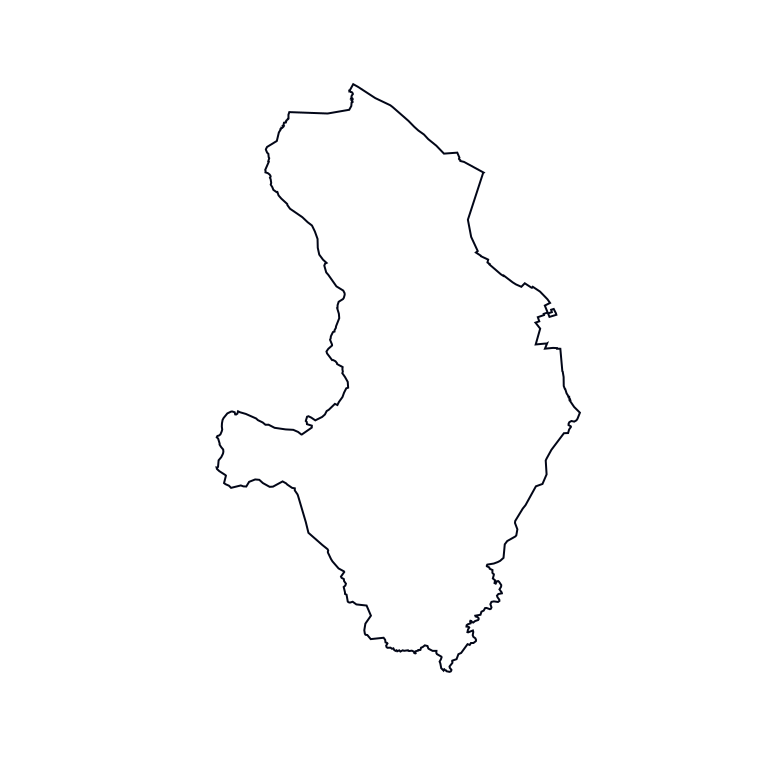 outline of Kalkūnes pag., Daugavpils, Latvia, rotated 341°
{"feature_id": "27541924B79116977656137", "entity_name": "Kalkūnes pag.", "entity_type": "district", "adm_level": 2, "iso_a3": "LVA", "parent_name": "Latvia", "parent_adm1": "Daugavpils", "projection": "orthographic", "projection_center": [26.423, 55.84], "detail": "fine", "context": "isolated", "style": "outline", "palette": "ink", "viewbox_px": 768, "rotation_deg": 341, "n_neighbors": 0, "source": "geoboundaries", "source_scale": "gbopen_adm2", "svg_char_len": 6155}
<svg xmlns="http://www.w3.org/2000/svg" viewBox="0 0 768 768"><g transform="rotate(341 384 384)"><path d="M562.2,408.1L559.1,407.0L559.3,406.4L555.6,404.9L547.7,403.0L551.5,398.6L550.2,398.8L549.8,398.3L540.3,396.0L549.7,382.5L547.2,375.3L551.2,375.3L551.2,370.9L557.7,370.9L557.8,369.7L562.0,369.7L561.6,362.2L567.4,361.4L566.1,357.0L561.6,347.4L556.3,340.5L555.2,341.2L554.7,340.8L549.9,334.6L545.5,336.8L541.2,332.8L538.7,329.7L532.5,320.4L532.1,320.7L530.2,318.3L522.6,305.3L523.0,305.0L521.4,302.8L523.0,300.3L517.2,294.7L517.3,294.2L513.7,289.6L515.9,288.8L514.3,273.3L516.8,256.0L546.3,216.9L547.1,216.6L531.9,200.0L528.8,198.0L529.0,197.2L528.3,196.2L528.2,195.5L529.0,194.6L528.6,189.1L515.7,185.7L511.1,175.8L505.5,166.8L503.0,161.1L499.0,155.5L496.3,150.6L492.8,143.2L482.3,124.9L480.7,122.5L468.8,110.8L456.1,94.5L452.5,90.5L447.5,95.0L446.7,95.1L446.5,96.1L447.3,96.2L447.5,97.0L448.5,97.5L449.0,98.7L449.0,99.7L447.4,100.8L446.7,101.9L446.7,102.4L445.8,103.3L447.1,103.8L447.2,104.4L445.6,105.1L445.7,105.9L446.3,106.4L446.1,107.2L444.9,107.5L443.6,110.5L440.4,113.4L418.8,109.9L383.0,96.1L381.3,98.3L380.2,101.7L379.6,101.8L379.6,102.3L377.6,103.0L376.7,104.3L376.5,104.0L375.8,104.7L374.5,104.4L373.3,106.4L373.4,106.9L372.5,106.9L372.8,107.9L371.1,108.7L370.4,108.2L369.8,109.0L369.0,109.3L369.1,109.8L366.5,111.9L361.8,119.3L350.6,121.8L349.0,123.3L348.6,123.9L348.8,127.2L349.6,128.7L348.8,132.0L349.0,133.1L347.0,135.9L347.4,136.4L341.4,142.9L341.4,144.0L340.8,145.3L342.8,146.8L344.0,148.6L344.4,150.0L344.3,151.1L343.3,151.8L343.5,153.5L342.8,157.2L341.8,158.6L342.5,161.6L342.6,164.4L344.9,167.6L345.7,167.7L345.7,171.4L347.3,175.3L351.1,182.3L350.9,183.4L352.2,187.7L361.1,199.7L364.5,206.2L367.5,210.7L368.3,217.3L368.4,225.2L365.7,233.7L364.9,240.6L366.8,246.6L369.1,250.8L367.5,251.0L366.1,252.6L365.7,259.7L366.9,262.7L370.8,276.2L375.9,282.4L376.3,285.3L375.9,286.8L374.1,289.4L373.0,290.3L367.9,291.5L365.8,294.3L364.6,297.5L364.4,297.4L364.2,302.9L363.1,307.2L357.3,314.0L356.8,315.2L354.7,317.1L354.3,318.3L352.6,318.3L349.3,321.6L348.4,323.5L347.4,324.6L347.7,329.7L347.4,330.7L342.8,332.6L340.2,334.5L340.1,336.5L342.7,344.5L343.7,344.8L345.5,346.7L346.3,348.9L346.2,350.0L350.4,354.5L349.5,356.4L349.1,358.9L348.1,360.2L349.4,364.7L350.4,370.2L348.9,375.8L346.9,375.8L343.4,379.2L340.5,382.8L335.4,386.4L333.1,388.7L331.1,386.8L323.4,390.4L321.0,390.9L318.2,393.6L314.8,395.0L307.2,396.0L304.3,392.1L302.1,389.9L300.6,389.9L298.0,393.5L298.6,394.7L298.1,396.9L302.2,399.9L301.5,401.7L289.8,405.0L289.3,404.7L287.2,401.4L283.3,397.8L276.2,394.9L266.3,389.8L261.6,384.9L258.6,383.9L256.8,380.9L253.0,377.1L251.9,375.0L243.6,367.3L238.6,363.8L237.1,362.3L235.7,364.3L234.2,364.7L233.4,364.3L233.6,362.1L231.6,360.6L230.5,360.3L226.3,360.8L221.3,363.9L219.7,365.4L218.0,368.4L216.8,371.4L216.2,374.4L215.1,376.0L212.9,378.4L211.2,379.0L209.6,378.9L208.5,379.9L209.4,381.6L209.2,386.8L208.8,387.8L209.5,390.7L210.6,393.6L210.1,395.7L209.1,397.4L206.3,400.2L202.8,402.3L200.1,408.3L199.3,408.8L198.5,408.4L198.4,410.0L200.0,412.9L204.5,418.6L204.7,419.2L200.5,425.6L201.5,427.1L204.3,429.7L205.6,432.4L215.6,433.3L217.7,435.0L220.4,436.1L224.6,432.6L231.1,432.3L234.9,434.0L237.2,438.2L242.4,444.0L245.6,444.9L256.4,443.1L259.1,446.1L259.8,447.6L263.3,452.3L265.7,453.6L265.0,455.6L266.3,460.3L266.3,462.1L265.1,489.2L264.1,500.1L273.2,516.0L276.9,521.9L277.0,523.4L276.3,524.3L276.1,525.1L276.9,532.2L277.5,534.9L281.0,543.6L285.1,548.1L285.2,548.8L280.6,552.1L280.8,553.5L282.5,555.3L282.1,557.4L283.0,560.4L281.8,562.0L279.8,562.8L279.3,568.2L278.8,569.8L280.0,571.0L278.9,577.9L279.4,578.8L280.6,579.6L283.5,579.7L286.1,583.4L295.4,587.8L296.2,598.8L288.4,604.5L285.2,610.4L284.6,613.9L284.9,615.1L286.5,615.9L288.4,620.9L301.0,623.8L301.8,626.2L301.3,628.8L302.5,629.7L302.8,630.4L300.8,632.2L300.8,633.8L301.5,634.6L304.3,635.4L305.4,637.0L306.8,637.0L307.1,639.0L308.1,640.1L309.2,639.9L309.5,641.0L311.7,640.8L312.4,642.3L315.0,641.9L316.1,642.8L320.0,643.6L320.1,644.2L321.0,644.7L323.5,645.2L325.2,646.9L325.0,648.1L325.8,648.9L326.2,648.9L326.3,647.8L326.9,647.0L329.7,647.2L329.9,646.7L331.8,647.3L333.2,645.4L335.0,645.3L337.5,644.4L339.8,645.9L339.8,648.5L340.1,649.0L343.0,652.1L346.7,653.4L345.9,655.3L346.1,656.6L349.5,660.5L349.5,661.1L348.3,662.7L346.2,664.6L346.3,666.5L345.6,671.3L346.9,674.1L347.4,673.4L348.1,673.3L348.7,674.7L349.4,675.0L349.7,676.0L352.2,677.5L353.5,677.5L354.3,676.9L354.7,676.2L353.8,673.8L354.0,672.4L357.8,670.0L358.2,669.1L358.2,668.1L358.5,667.8L363.0,667.8L366.4,663.7L369.4,663.4L378.3,657.2L380.1,658.6L381.9,657.2L384.3,658.0L387.2,657.0L387.7,656.0L387.6,654.2L386.2,652.2L386.1,650.4L387.7,647.5L387.8,646.0L382.7,646.2L382.1,645.8L383.5,643.5L385.3,642.0L385.0,641.2L383.0,640.2L383.6,639.0L384.9,638.5L387.9,638.5L388.2,636.4L388.6,636.0L389.4,636.5L389.9,638.0L390.7,638.6L392.9,637.8L396.2,637.8L397.0,637.1L397.2,636.2L396.5,634.8L394.9,633.6L394.9,632.8L400.1,633.6L402.0,631.0L404.5,630.7L406.6,628.8L408.0,629.1L410.8,631.4L411.9,631.3L412.9,630.2L412.9,626.8L414.7,625.0L417.1,625.3L420.8,627.2L422.5,626.7L422.8,625.5L421.9,622.6L421.9,620.9L423.8,619.8L427.3,620.3L427.4,619.4L426.3,615.8L428.7,613.8L429.4,612.3L428.4,608.5L427.8,607.5L426.5,607.3L424.6,609.1L423.7,608.2L425.1,605.8L423.6,603.3L425.8,600.1L425.9,599.6L425.1,598.3L425.1,597.5L426.0,595.2L423.8,593.1L423.8,591.7L421.9,589.8L422.2,589.0L422.9,588.4L429.4,589.5L433.6,589.4L436.3,589.0L440.4,587.3L446.0,574.9L449.4,572.6L458.6,570.9L459.8,570.2L462.8,564.8L462.6,558.0L463.5,556.2L474.6,547.0L478.4,544.6L494.3,530.2L501.3,530.1L508.3,522.4L512.0,509.0L513.4,507.5L520.9,500.7L538.1,489.1L542.1,490.3L544.2,487.3L546.8,485.4L546.8,484.8L545.1,482.9L545.7,481.5L546.9,480.4L549.2,480.0L551.6,481.5L554.1,481.0L555.6,479.9L559.9,474.9L556.3,467.6L554.4,460.6L554.3,460.0L554.9,460.0L554.9,459.1L554.3,459.2L554.9,456.5L554.2,456.5L554.1,454.3L553.6,452.4L553.7,447.8L553.4,447.6L553.3,444.4L556.1,435.9L557.0,430.5L556.8,429.9L562.2,408.1ZM568.9,368.3L566.2,368.2L566.1,370.7L562.1,370.7L562.3,374.4L569.5,374.7L569.6,373.2L568.9,368.3Z" fill="none" stroke="#020617" stroke-width="2"/></g></svg>